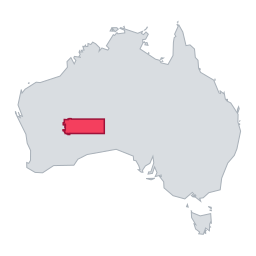 Laverton, Western Australia, Australia shown in context
{"feature_id": "25037944B80817080024086", "entity_name": "Laverton", "entity_type": "district", "adm_level": 2, "iso_a3": "AUS", "parent_name": "Australia", "parent_adm1": "Western Australia", "projection": "mercator", "projection_center": [123.06, -27.938], "detail": "fine", "context": "in_parent", "style": "filled", "palette": "rose", "viewbox_px": 256, "rotation_deg": 0, "n_neighbors": 0, "source": "geoboundaries", "source_scale": "gbopen_adm2", "svg_char_len": 5163}
<svg xmlns="http://www.w3.org/2000/svg" viewBox="0 0 256 256"><path d="M182.8,32.0L186.0,45.6L190.0,44.9L194.5,49.0L195.3,57.4L198.0,60.3L198.6,68.3L200.6,72.4L213.7,80.1L219.0,92.9L220.5,93.5L220.7,91.3L223.6,93.6L224.1,92.4L225.3,99.0L227.0,101.0L230.8,103.0L238.1,114.3L237.9,121.9L240.6,131.2L236.9,148.9L234.3,155.4L227.8,163.0L221.7,178.1L220.2,189.8L208.8,192.7L203.2,197.8L199.7,198.3L200.7,201.3L195.1,196.9L195.9,195.9L195.5,194.9L194.5,194.8L192.7,196.7L191.3,195.5L193.6,193.8L192.3,192.4L184.8,198.9L173.1,195.7L164.0,187.9L163.7,181.8L159.5,176.4L161.3,176.6L161.2,175.0L155.2,176.6L157.0,172.6L154.6,166.9L152.4,173.4L148.0,174.1L148.7,171.9L150.8,171.9L153.8,162.9L152.9,156.3L149.9,163.3L145.4,165.9L142.5,170.2L142.9,172.3L141.1,172.1L138.2,169.7L140.0,169.6L138.7,165.5L136.0,160.8L133.6,160.2L133.3,156.1L116.2,149.3L87.2,154.5L77.9,159.2L73.9,165.2L53.6,165.6L42.6,172.8L35.1,172.4L26.8,167.5L26.7,162.5L28.7,163.3L30.5,160.4L30.6,150.5L27.2,143.2L25.9,134.2L16.7,115.6L20.3,117.6L18.2,112.0L19.7,115.3L22.4,116.3L18.0,104.9L21.3,89.5L22.0,93.1L25.1,89.2L36.2,82.2L40.1,82.6L60.0,76.1L67.4,67.3L67.0,61.6L70.9,57.6L74.2,63.9L75.9,60.4L73.8,57.9L74.4,56.4L80.9,57.4L78.8,56.8L80.2,54.3L79.0,52.2L82.5,51.9L81.2,50.3L84.1,50.0L83.1,47.7L85.6,45.1L85.8,46.6L87.8,46.4L88.0,43.5L90.8,44.5L92.7,42.1L95.7,43.8L99.8,47.9L99.1,51.2L101.9,48.0L107.8,50.1L109.0,48.3L106.4,45.8L113.3,34.7L114.6,35.4L117.0,32.6L117.8,33.8L124.8,32.9L124.6,30.3L119.9,28.3L120.7,27.6L137.7,33.3L142.6,31.3L141.4,33.4L143.5,34.6L146.0,32.0L148.3,34.2L145.6,39.2L142.7,39.6L142.8,43.2L140.0,48.9L155.5,59.2L159.7,60.3L161.0,62.8L168.0,64.5L173.0,55.5L173.4,42.5L174.2,37.6L175.9,36.4L174.6,34.2L178.8,24.9L182.8,32.0ZM191.3,212.3L200.2,215.9L210.7,213.6L211.4,223.7L210.7,221.9L209.7,224.0L209.4,230.8L205.6,228.0L203.3,234.3L198.7,233.8L199.6,232.0L195.6,229.0L194.0,223.8L195.8,224.7L191.6,217.6L191.3,212.3ZM112.0,27.7L116.8,27.7L118.3,29.1L115.1,31.8L112.0,27.7ZM146.1,178.5L154.8,178.3L151.1,179.8L146.1,178.5ZM147.0,42.5L148.0,45.3L144.9,44.8L145.4,42.8L147.0,42.5ZM237.7,113.0L237.4,109.6L238.6,106.7L239.2,108.8L237.7,113.0ZM208.2,206.5L211.2,207.3L211.3,208.7L208.2,206.5ZM111.5,28.5L113.2,31.2L110.1,31.0L111.5,28.5ZM188.2,207.1L186.5,206.7L187.4,204.4L188.2,207.1ZM163.5,58.0L162.1,58.9L160.6,59.4L161.3,57.8L163.5,58.0ZM16.7,114.8L15.5,113.2L15.4,111.6L15.6,111.6L16.7,114.8ZM210.6,210.0L211.8,210.9L209.6,210.2L210.6,210.0ZM226.3,99.4L227.5,99.4L227.5,100.9L226.3,99.4ZM199.0,68.1L200.3,69.0L200.1,69.5L199.0,68.1ZM205.6,231.7L205.7,233.4L204.6,232.9L205.6,231.7ZM239.6,123.2L239.7,125.1L239.6,123.2ZM124.4,27.5L123.6,26.8L124.1,26.4L124.4,27.5ZM147.2,27.7L146.0,29.1L147.4,26.7L147.2,27.7ZM239.8,120.9L239.2,121.6L239.6,120.9L239.8,120.9ZM149.0,53.1L148.3,53.4L148.6,52.7L149.0,53.1ZM144.6,42.4L143.7,42.6L144.2,41.7L144.6,42.4ZM29.1,82.3L28.9,83.5L28.5,83.4L29.1,82.3ZM177.4,24.3L177.4,25.2L177.0,24.6L177.4,24.3ZM194.5,195.4L194.8,196.1L194.5,195.9L194.5,195.4ZM145.7,29.5L144.1,30.4L145.7,29.2L145.7,29.5ZM83.2,46.3L82.6,47.0L83.0,46.2L83.2,46.3ZM206.2,230.5L205.6,230.8L205.9,230.2L206.2,230.5ZM162.8,61.4L161.9,61.4L162.4,60.8L162.8,61.4ZM79.9,51.4L79.5,51.7L79.5,50.9L79.9,51.4ZM210.5,227.0L209.7,227.4L209.9,226.5L210.5,227.0ZM177.9,21.7L177.8,22.4L177.4,22.1L177.9,21.7ZM194.1,196.4L194.9,197.1L193.6,196.9L194.1,196.4ZM215.3,80.0L214.7,80.1L215.0,79.3L215.3,80.0ZM220.2,91.1L219.9,91.1L220.1,90.5L220.2,91.1ZM191.7,211.1L191.5,211.7L191.3,210.9L191.7,211.1Z" fill="#d9dde1" stroke="#a8b0b8" stroke-width="1"/><path d="M104.3,119.1L102.1,119.1L100.6,119.1L94.0,119.1L90.2,119.1L86.3,119.1L82.2,119.1L80.3,119.1L80.2,119.1L79.9,119.1L79.6,119.1L79.4,119.1L79.2,119.1L78.9,119.1L78.7,119.1L78.4,119.1L78.2,119.1L77.9,119.1L77.7,119.1L77.4,119.1L77.2,119.1L76.9,119.1L76.7,119.1L76.4,119.1L76.2,119.1L75.9,119.1L75.7,119.1L75.4,119.1L75.2,119.1L74.8,119.1L74.6,119.1L74.4,119.1L74.2,119.1L73.9,119.1L73.7,119.1L73.4,119.1L73.2,119.1L72.9,119.1L72.7,119.1L72.4,119.1L72.2,119.1L71.9,119.1L71.7,119.1L71.4,119.1L71.3,118.7L71.2,118.7L70.8,118.7L70.7,118.6L70.4,118.6L70.2,118.6L69.9,118.6L69.3,118.6L69.3,118.9L68.1,118.9L68.1,119.6L65.9,119.6L64.3,119.5L64.3,122.5L63.6,122.5L63.3,122.7L63.3,122.9L63.2,122.9L63.2,123.5L63.2,124.7L63.3,124.7L63.5,124.7L63.6,124.9L63.8,124.9L64.0,124.9L64.3,124.9L64.3,124.7L64.9,124.5L64.9,124.3L65.2,124.3L65.4,124.3L65.4,125.6L64.9,125.6L64.9,127.3L65.3,127.3L65.3,128.6L65.3,128.9L65.3,129.0L65.3,129.3L65.3,129.5L65.3,130.0L64.8,130.0L64.7,130.0L64.4,130.0L64.4,129.8L63.4,129.8L63.0,129.8L63.0,130.6L63.3,130.6L63.3,130.8L63.3,130.7L63.6,130.7L63.6,130.8L64.3,130.8L64.3,131.5L64.6,131.5L64.6,132.0L64.7,132.4L64.8,132.4L65.0,132.4L65.0,132.8L65.2,133.2L65.2,133.5L65.3,133.5L65.8,133.5L66.6,133.5L66.8,133.5L67.7,133.4L67.7,133.5L67.8,133.6L67.7,133.7L67.7,133.8L67.8,133.8L67.7,133.9L67.8,133.9L67.8,134.0L67.9,134.3L68.0,134.4L68.0,134.5L69.6,134.5L69.6,133.9L69.8,133.9L69.8,133.4L70.4,133.4L70.4,133.5L71.7,133.5L73.8,133.5L76.7,133.5L81.1,133.5L82.7,133.5L86.2,133.5L89.7,133.5L90.4,133.5L95.1,133.5L101.5,133.5L104.3,133.5L104.3,127.7L104.3,119.1Z" fill="#f43f5e" stroke="#9f1239" stroke-width="1.5"/></svg>